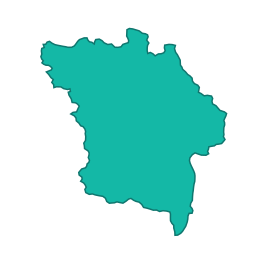 Santa Rita de Jacutinga, Minas Gerais, Brazil, rotated 99°
{"feature_id": "56859067B71709510616947", "entity_name": "Santa Rita de Jacutinga", "entity_type": "district", "adm_level": 2, "iso_a3": "BRA", "parent_name": "Brazil", "parent_adm1": "Minas Gerais", "projection": "natural_earth1", "projection_center": [-44.096, -22.111], "detail": "fine", "context": "isolated", "style": "filled", "palette": "teal", "viewbox_px": 256, "rotation_deg": 99, "n_neighbors": 0, "source": "geoboundaries", "source_scale": "gbopen_adm2", "svg_char_len": 3130}
<svg xmlns="http://www.w3.org/2000/svg" viewBox="0 0 256 256"><g transform="rotate(99 128 128)"><path d="M39.0,94.1L38.7,97.4L39.0,100.6L40.4,104.7L43.2,104.6L45.8,103.4L48.1,104.4L49.5,106.9L50.1,109.6L52.5,112.5L50.8,115.0L49.9,117.8L51.3,120.1L48.5,121.2L45.3,121.6L43.2,121.6L40.8,120.7L38.3,123.3L34.8,122.4L32.9,123.3L32.2,125.6L32.2,128.7L30.3,132.2L29.8,135.8L29.4,138.8L29.5,142.2L31.1,144.4L34.5,144.0L37.4,143.7L39.4,142.2L41.3,141.1L43.6,141.0L44.9,143.6L46.2,146.1L48.9,147.6L49.9,150.4L50.3,153.6L47.6,157.4L48.7,161.1L47.6,164.9L45.8,167.3L44.7,170.3L45.7,173.7L48.0,174.4L50.3,174.5L49.0,177.1L48.9,179.6L47.4,181.4L45.4,182.6L45.9,185.5L47.1,187.6L48.3,189.8L50.2,191.2L52.7,192.4L55.3,193.8L57.1,196.3L57.7,199.9L57.5,202.3L57.5,204.9L57.4,207.7L57.3,210.4L57.1,213.2L56.1,216.4L54.7,219.1L55.8,221.3L58.2,222.4L58.7,224.8L61.6,223.3L62.9,225.6L65.4,225.6L68.5,224.7L71.2,225.2L73.5,223.9L74.9,222.2L77.1,223.2L78.2,221.2L78.8,218.9L78.5,216.4L79.3,214.2L80.9,212.2L82.7,212.9L84.2,215.4L85.4,217.4L87.4,214.8L90.3,212.0L91.8,209.4L94.9,210.4L96.8,208.2L99.7,207.5L98.5,205.2L97.9,200.7L99.2,197.6L99.4,193.6L98.4,191.5L100.9,190.6L102.0,192.6L104.8,191.4L108.1,188.6L111.5,187.2L111.3,183.8L112.2,181.7L114.0,179.6L116.6,180.4L120.1,181.3L121.2,184.8L123.1,186.7L124.4,182.9L126.3,180.9L129.0,180.2L130.9,177.2L133.2,175.1L133.7,172.5L135.9,170.3L138.2,169.3L140.2,169.4L143.1,168.4L146.9,168.0L149.9,169.3L152.2,168.4L155.1,167.7L156.9,163.8L158.6,162.5L160.7,162.3L163.4,162.6L165.9,161.0L168.1,161.3L169.9,162.8L171.9,162.8L173.9,163.7L175.7,167.3L177.6,168.5L179.6,169.7L182.1,168.9L183.7,165.9L185.7,165.3L188.0,166.4L189.2,163.2L190.8,161.5L193.0,160.0L195.4,161.0L198.4,159.6L199.6,155.9L198.7,152.8L199.2,150.0L199.4,145.9L199.4,142.2L200.9,139.3L203.9,137.5L205.2,134.7L204.6,132.3L204.0,129.7L202.7,127.4L202.9,124.6L203.0,121.2L200.6,118.5L198.1,116.3L197.1,114.0L198.5,111.1L199.2,108.7L199.5,105.4L201.3,102.5L204.0,100.2L204.2,96.8L204.6,93.8L205.2,90.2L204.6,86.9L205.5,83.7L204.2,80.5L204.0,76.8L204.4,73.5L206.3,72.6L208.3,72.3L210.3,72.0L213.0,71.5L215.3,69.7L217.0,67.6L219.7,67.1L223.3,65.5L226.6,64.8L226.0,62.1L223.8,59.5L221.6,58.0L219.3,57.0L216.0,55.6L211.5,54.8L208.7,54.7L205.5,55.0L202.7,54.3L202.2,51.4L199.5,51.0L197.4,52.2L195.6,54.3L192.6,54.3L189.4,53.1L186.1,53.5L182.4,53.8L179.4,53.8L175.9,54.0L172.8,54.0L170.5,53.7L168.3,53.9L164.7,54.4L162.4,55.1L160.3,56.3L157.9,57.9L155.2,59.8L152.9,61.2L150.6,62.2L147.7,62.2L144.3,60.3L142.1,57.9L142.7,54.7L143.3,51.3L142.7,46.7L140.8,44.3L138.6,45.8L136.4,45.2L133.9,45.2L132.9,42.4L132.1,39.9L130.4,38.3L129.7,35.8L128.7,33.1L126.7,31.8L124.2,30.4L121.7,32.4L119.5,32.2L117.1,32.9L112.6,33.4L109.9,33.0L107.7,33.4L105.6,34.5L103.1,33.9L100.7,33.2L98.3,32.9L97.0,35.3L96.2,40.0L94.2,42.3L92.2,44.6L91.0,48.2L88.3,49.3L85.6,49.0L83.4,50.5L83.3,54.7L84.3,57.8L82.5,61.3L81.7,64.0L79.5,64.0L76.7,63.9L74.8,65.8L73.8,69.3L71.7,71.6L68.7,72.5L66.9,74.9L65.8,77.4L63.5,80.0L61.5,83.2L59.4,84.3L57.8,86.0L55.6,86.5L52.8,87.1L50.2,89.0L47.9,90.7L45.8,92.8L42.3,94.5L39.0,94.1Z" fill="#14b8a6" stroke="#0f766e" stroke-width="1.5"/></g></svg>